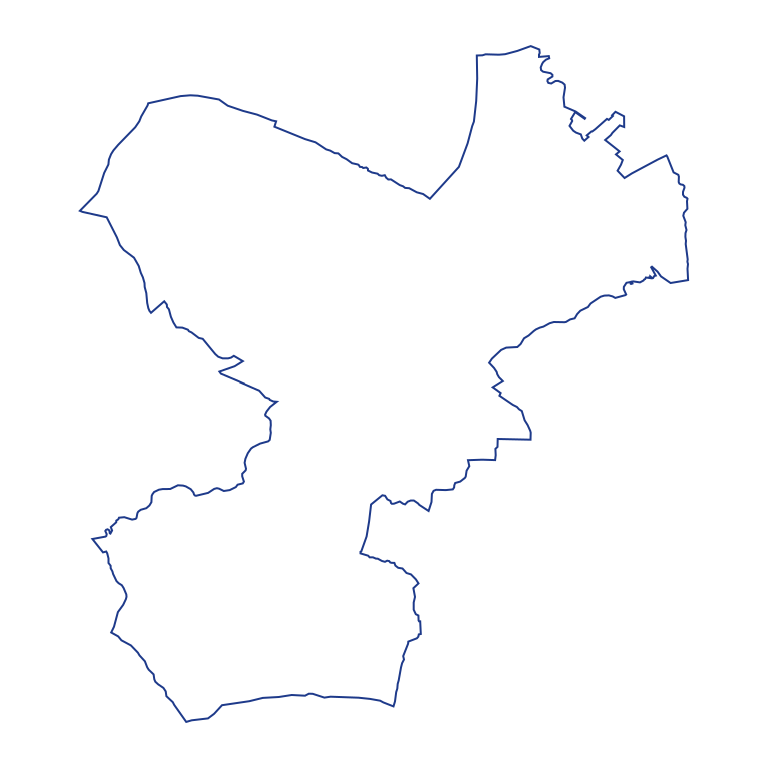 outline of Gherla, Cluj, Romania
{"feature_id": "2599482B28872451639658", "entity_name": "Gherla", "entity_type": "district", "adm_level": 2, "iso_a3": "ROU", "parent_name": "Romania", "parent_adm1": "Cluj", "projection": "robinson", "projection_center": [23.886, 47.009], "detail": "fine", "context": "isolated", "style": "outline", "palette": "blue", "viewbox_px": 768, "rotation_deg": 0, "n_neighbors": 0, "source": "geoboundaries", "source_scale": "gbopen_adm2", "svg_char_len": 6085}
<svg xmlns="http://www.w3.org/2000/svg" viewBox="0 0 768 768"><path d="M393.5,706.4L395.0,701.4L396.2,692.1L397.3,688.6L397.7,683.9L398.7,680.4L401.0,667.5L402.1,663.2L404.0,659.5L403.2,656.1L408.1,643.7L408.3,641.6L416.9,638.3L418.3,636.7L418.8,634.4L420.8,634.0L420.2,621.3L419.1,621.3L418.6,620.5L418.4,615.5L415.8,614.2L413.7,609.7L413.7,602.5L415.0,596.9L413.4,588.2L418.5,583.4L415.9,579.4L411.0,574.4L406.5,573.0L402.5,568.5L398.2,567.8L395.4,565.6L394.4,562.9L391.3,562.8L390.2,562.4L389.2,561.1L387.2,560.7L385.0,561.8L382.0,561.0L377.8,558.7L375.9,558.6L372.9,557.3L369.6,557.3L368.2,555.7L360.5,553.4L360.5,551.8L361.3,551.4L366.6,536.5L369.1,521.5L371.1,504.5L382.4,495.3L385.1,495.8L387.4,499.4L390.5,501.0L391.0,503.0L391.9,503.8L394.0,503.7L399.8,501.5L403.0,503.7L405.1,504.4L407.7,501.7L410.8,500.5L413.8,500.5L418.0,503.4L419.3,504.9L428.6,511.0L431.5,502.0L431.9,493.9L433.6,490.8L436.1,489.8L445.8,490.1L452.8,489.4L454.1,487.5L454.3,485.3L455.2,483.0L460.2,481.6L465.0,477.8L465.7,476.6L466.6,470.7L469.3,466.2L468.0,460.2L482.2,459.7L495.1,460.1L495.7,455.2L495.4,448.9L497.5,446.9L497.7,439.0L530.5,439.7L530.7,432.7L530.2,430.8L527.6,425.1L524.6,420.3L521.8,411.1L519.0,409.3L516.9,407.0L512.7,404.9L499.4,395.8L500.6,393.1L492.7,387.4L502.8,381.0L499.0,377.2L497.3,374.3L496.6,371.8L494.0,367.9L489.1,362.7L491.9,358.6L501.1,349.9L506.2,347.6L517.3,347.0L520.6,344.0L524.0,338.3L528.6,335.5L533.7,331.0L535.9,329.4L539.8,327.6L543.4,326.6L549.6,323.2L553.8,322.0L564.5,322.2L566.0,321.9L570.1,319.4L574.6,318.3L577.1,314.1L580.3,310.7L587.9,307.0L590.5,303.5L600.7,296.7L604.3,295.6L608.9,295.4L612.6,296.4L615.3,297.9L625.5,295.1L626.2,294.5L623.8,289.3L623.8,288.1L623.9,286.8L626.5,282.8L630.1,282.1L630.7,283.8L631.4,283.9L632.5,283.5L631.9,281.6L633.3,281.4L640.0,282.4L643.5,280.5L644.1,279.6L645.2,279.0L645.9,277.5L650.2,278.1L649.6,277.3L650.1,277.2L650.2,276.3L652.4,278.2L653.0,278.1L654.3,276.0L655.8,275.6L651.2,267.3L652.0,266.7L657.6,271.7L661.0,276.4L670.6,283.0L688.1,280.1L687.5,268.7L688.0,264.1L687.4,261.7L687.7,259.4L685.7,244.0L686.0,240.8L685.4,236.9L685.5,233.1L686.5,230.0L685.3,225.2L685.7,222.2L683.3,215.8L684.0,212.7L687.4,208.8L687.0,201.2L687.5,198.7L686.7,197.8L684.4,196.8L683.0,194.7L683.0,191.9L684.5,187.7L684.3,186.0L682.9,184.8L680.6,184.4L679.3,183.5L678.7,182.0L678.9,176.6L678.3,174.8L673.6,172.4L667.3,156.6L666.5,155.4L657.5,159.7L631.9,173.4L624.6,178.0L617.6,170.7L621.0,164.7L622.8,160.0L616.0,154.4L619.6,151.4L605.2,140.0L610.9,135.1L612.4,132.9L619.8,125.4L624.2,127.0L624.1,116.3L615.5,111.8L612.1,115.3L612.9,116.0L608.8,119.9L607.0,118.9L595.5,129.1L592.3,131.5L591.4,131.4L586.7,135.4L588.5,137.0L584.3,140.7L582.3,138.6L580.8,134.4L576.0,132.6L573.2,130.7L569.5,125.9L572.2,121.0L572.0,120.1L571.0,119.0L575.2,112.1L584.6,118.8L585.1,118.1L575.6,111.5L564.4,106.7L563.5,97.3L565.0,87.7L564.6,84.6L562.3,82.6L558.1,80.9L555.4,81.0L551.2,83.5L548.3,82.9L547.4,81.1L547.7,79.4L552.4,76.5L552.4,74.8L550.6,73.2L543.1,71.7L541.1,70.1L540.7,67.4L542.2,63.7L543.2,62.1L545.9,59.7L549.2,58.3L548.8,56.1L539.0,56.9L539.0,54.6L539.7,53.0L539.3,49.5L530.7,46.1L517.4,50.9L505.1,54.2L498.9,54.7L485.6,54.3L482.4,55.3L476.8,55.5L477.2,78.6L476.2,101.0L473.9,121.6L472.2,126.1L467.6,143.4L458.9,166.9L429.9,198.8L423.1,194.0L416.8,192.3L409.2,188.2L405.1,187.9L403.1,186.3L399.8,185.1L391.0,179.4L388.3,179.5L386.2,177.7L384.8,175.2L381.9,175.8L379.2,175.2L377.6,173.7L372.0,172.5L368.0,170.5L367.9,168.8L366.4,167.5L363.2,168.0L362.2,167.1L359.8,166.8L359.1,165.4L358.0,164.5L352.1,163.2L346.6,159.2L342.1,156.9L338.4,153.4L334.6,153.1L330.2,150.6L326.2,149.4L315.5,142.3L305.0,139.1L274.4,126.7L276.1,121.3L271.8,120.4L257.0,114.6L243.0,110.9L227.7,105.7L219.0,99.5L197.8,95.7L190.3,95.3L180.6,96.1L148.2,103.3L147.6,105.4L141.2,116.5L139.3,121.3L135.2,127.3L118.2,144.8L113.5,150.3L111.1,154.1L108.9,159.6L108.4,164.5L104.2,172.9L98.4,191.0L96.7,193.7L79.9,210.8L82.5,211.9L106.7,217.3L116.9,237.4L119.9,245.1L123.8,250.0L134.0,257.7L138.7,265.9L140.8,272.8L142.9,277.4L144.5,283.0L144.7,287.0L146.3,293.1L147.2,303.0L148.3,308.1L149.4,310.8L151.0,312.8L164.2,301.3L166.8,304.5L167.0,307.0L168.9,309.3L170.9,316.8L173.4,322.5L176.4,327.4L182.3,327.6L187.9,329.7L188.9,331.2L191.5,332.4L198.7,337.9L202.7,338.8L215.2,354.0L218.2,356.7L222.5,358.3L228.2,358.3L231.0,357.6L233.8,355.8L242.8,361.1L234.6,366.2L219.4,371.5L220.9,373.6L238.4,381.0L242.6,382.9L241.7,383.2L259.2,390.8L265.2,397.5L269.2,398.9L269.7,399.9L273.2,401.5L276.7,401.8L270.1,407.0L266.5,411.6L265.1,414.6L265.3,415.7L269.0,418.4L270.6,420.7L270.8,425.2L270.3,429.4L270.8,432.8L269.7,439.9L268.1,441.4L260.1,443.6L252.9,447.2L251.0,448.6L247.8,453.2L245.4,458.8L244.6,462.8L246.0,468.8L245.6,470.4L242.2,473.8L242.2,476.3L243.9,481.6L242.8,483.4L237.6,484.7L235.8,487.1L229.7,490.1L223.8,491.0L219.1,488.7L216.9,488.2L214.2,488.9L208.1,492.9L196.0,495.8L194.9,495.5L194.0,494.5L193.4,492.5L190.7,489.2L185.8,486.4L183.0,485.6L177.9,485.3L170.2,489.0L162.5,489.1L158.9,489.7L154.1,492.0L152.4,494.3L151.7,495.9L151.4,502.2L149.4,505.5L146.3,508.2L140.7,509.8L138.2,511.7L137.4,513.2L136.5,517.9L135.6,518.9L132.1,519.6L124.3,517.2L119.0,517.7L118.3,519.3L116.3,520.6L116.2,522.3L110.8,527.1L112.1,530.5L110.4,533.6L109.8,533.3L109.3,530.4L107.6,529.3L106.1,529.8L105.3,531.0L106.7,534.2L106.3,536.0L105.5,536.6L92.4,539.0L103.0,552.4L106.2,551.5L107.2,553.3L108.5,558.4L108.5,563.0L110.6,565.7L110.7,568.3L112.4,571.4L113.1,574.0L116.5,581.1L118.6,583.2L121.8,585.2L123.6,588.0L126.3,594.4L126.5,596.8L125.9,599.1L123.2,604.8L117.9,612.1L114.0,626.7L111.2,632.5L118.2,636.4L121.4,640.3L130.9,645.4L137.9,652.7L139.5,655.4L144.9,661.3L147.2,667.3L148.7,669.7L153.6,674.4L154.3,679.3L155.3,681.7L158.1,684.3L163.4,687.9L165.7,691.4L166.4,696.2L172.8,702.2L174.2,704.9L186.2,721.9L191.7,720.3L208.0,718.4L214.1,713.8L222.0,705.2L249.3,701.2L262.8,697.9L278.8,697.0L291.7,695.0L305.0,695.7L308.8,693.7L312.7,693.8L324.4,697.6L330.5,696.7L358.5,697.7L370.0,698.9L380.2,700.7L383.3,702.4L393.5,706.4Z" fill="none" stroke="#1e3a8a" stroke-width="2"/></svg>